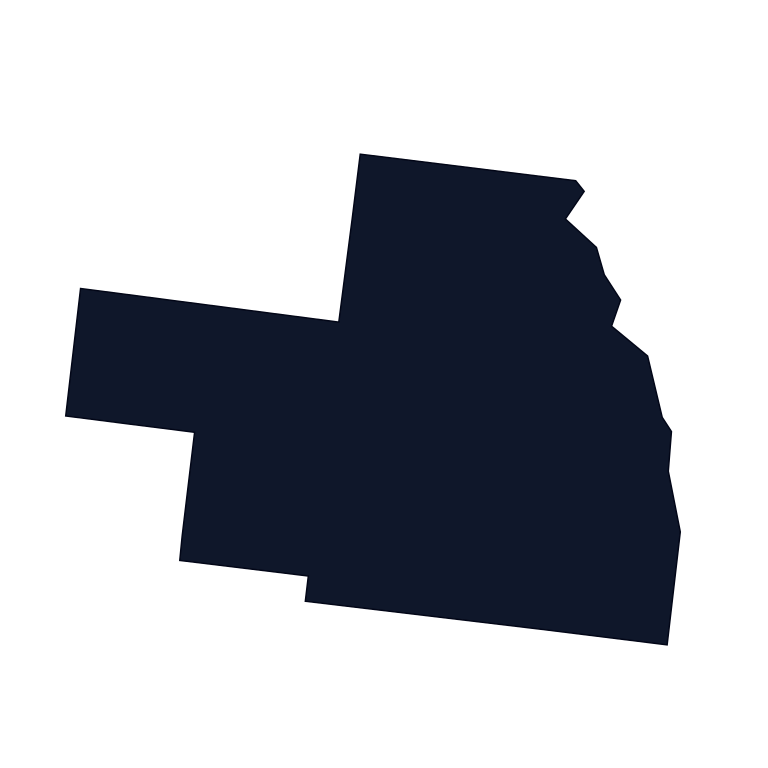 the district of Choctaw, Mississippi, United States of America, rotated 97°
{"feature_id": "52423323B48791393763722", "entity_name": "Choctaw", "entity_type": "district", "adm_level": 2, "iso_a3": "USA", "parent_name": "United States of America", "parent_adm1": "Mississippi", "projection": "albers", "projection_center": [-89.259, 33.321], "detail": "fine", "context": "isolated", "style": "filled", "palette": "ink", "viewbox_px": 768, "rotation_deg": 97, "n_neighbors": 0, "source": "geoboundaries", "source_scale": "gbopen_adm2", "svg_char_len": 488}
<svg xmlns="http://www.w3.org/2000/svg" viewBox="0 0 768 768"><g transform="rotate(97 384 384)"><path d="M608.4,71.2L494.7,71.9L435.9,91.2L396.2,92.9L383.2,103.8L324.1,125.8L298.9,165.2L271.8,159.4L248.7,178.7L222.6,189.8L198.1,224.1L168.4,208.8L158.9,218.5L158.8,435.6L223.5,435.7L328.1,436.4L326.2,696.8L454.5,696.0L454.8,631.3L455.0,566.1L559.3,565.8L584.0,565.2L583.8,435.7L609.2,435.6L608.3,200.0L608.4,72.2L608.4,71.2Z" fill="#0f172a" stroke="#020617" stroke-width="1.5"/></g></svg>